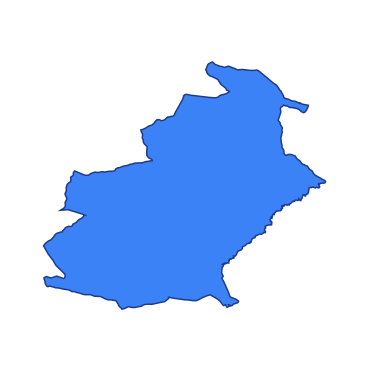 Monkoto, Équateur, Democratic Republic of the Congo, rotated 109°
{"feature_id": "63176286B4277783159614", "entity_name": "Monkoto", "entity_type": "district", "adm_level": 2, "iso_a3": "COD", "parent_name": "Democratic Republic of the Congo", "parent_adm1": "Équateur", "projection": "equal_earth", "projection_center": [20.843, -1.599], "detail": "fine", "context": "isolated", "style": "filled", "palette": "blue", "viewbox_px": 384, "rotation_deg": 109, "n_neighbors": 0, "source": "geoboundaries", "source_scale": "gbopen_adm2", "svg_char_len": 6015}
<svg xmlns="http://www.w3.org/2000/svg" viewBox="0 0 384 384"><g transform="rotate(109 192 192)"><path d="M138.7,69.1L137.9,70.1L137.6,72.9L137.1,74.4L136.9,76.3L135.9,81.3L134.9,83.2L133.0,85.2L132.3,88.3L130.7,90.3L129.8,92.1L130.0,93.3L129.6,94.6L129.8,96.3L129.3,97.5L127.3,100.4L126.6,103.1L126.1,104.1L124.4,106.0L124.2,110.4L124.5,111.5L125.1,113.0L126.6,114.9L126.8,115.6L126.3,116.7L125.6,117.5L122.6,118.9L120.0,121.8L118.9,121.9L115.9,123.8L111.5,125.8L109.6,125.7L108.3,126.1L105.9,126.1L104.0,127.3L102.1,127.3L101.4,127.9L99.5,130.4L97.6,131.5L96.2,133.9L87.7,134.0L84.1,135.7L82.8,135.6L82.0,134.6L79.9,133.7L80.2,132.3L79.7,129.6L80.2,127.6L80.2,126.8L79.6,125.1L78.9,119.7L79.1,117.9L80.5,114.3L80.6,112.1L79.6,111.2L77.0,110.3L73.0,110.0L72.1,110.3L72.9,115.0L73.0,117.6L72.5,118.7L72.6,119.2L73.1,119.3L72.6,123.9L73.4,127.5L72.9,131.0L73.1,134.2L72.9,135.7L70.9,137.3L67.7,140.8L66.6,143.0L65.9,143.4L63.5,147.0L62.6,150.4L56.2,167.1L55.6,169.1L55.7,170.7L56.8,172.9L58.0,176.3L59.8,184.5L61.6,188.5L61.6,190.3L61.2,192.2L61.4,193.2L61.1,197.9L61.5,199.2L63.1,201.0L63.5,201.8L63.7,203.2L63.6,204.8L64.1,206.7L63.9,208.0L63.9,211.6L63.2,212.9L62.4,215.1L65.2,217.9L66.4,218.5L72.1,218.8L72.7,217.8L74.0,217.0L75.3,215.6L76.3,213.0L76.5,209.0L77.1,204.9L77.8,203.2L78.3,203.0L79.7,201.1L79.7,200.7L80.3,200.5L80.7,199.9L82.9,193.9L83.5,193.2L84.4,192.7L84.6,189.7L84.8,189.3L86.5,190.4L88.3,192.2L91.5,197.0L93.9,198.3L95.3,200.5L96.9,206.3L101.0,225.1L101.4,228.9L102.6,230.6L104.0,231.3L104.5,231.0L108.0,231.1L122.9,233.8L125.1,233.8L126.0,234.2L126.8,234.9L127.2,236.3L128.2,237.6L129.1,239.4L132.9,241.6L134.0,243.2L134.7,244.8L134.3,245.7L134.4,247.2L135.2,248.7L137.2,249.7L139.2,250.2L141.9,251.8L142.9,253.4L145.0,255.5L146.1,256.1L148.7,258.7L149.9,260.6L151.5,259.6L153.3,257.6L157.0,256.6L159.4,254.6L160.6,254.3L162.0,252.8L163.6,249.4L164.1,249.0L168.1,248.1L172.2,246.6L172.6,245.5L173.4,244.8L173.7,244.1L174.2,241.3L174.6,240.3L175.3,239.7L176.4,242.0L177.8,244.3L178.1,245.3L180.5,248.4L183.3,255.5L185.2,257.9L186.0,259.6L187.8,261.5L189.0,263.8L190.3,265.8L192.3,268.1L193.5,270.3L195.1,271.6L196.8,271.9L197.9,273.1L199.5,277.4L201.7,281.3L201.9,283.1L204.3,287.6L204.6,289.6L204.9,290.5L207.5,293.7L209.9,295.4L211.0,298.7L210.3,309.9L212.5,310.5L214.1,309.8L215.4,309.9L217.0,311.3L217.9,311.4L220.7,310.2L221.7,310.2L224.4,312.1L225.8,312.5L228.5,312.4L232.7,311.0L233.3,311.4L234.8,311.5L235.6,311.2L238.4,308.6L239.2,308.2L240.3,308.1L243.3,308.6L245.0,307.7L247.0,307.1L249.9,308.3L250.5,309.2L252.1,310.4L249.1,303.6L248.6,289.6L248.8,285.6L249.4,286.5L251.2,287.0L253.2,288.2L254.3,289.4L256.2,290.6L259.0,291.9L261.2,294.1L263.1,294.3L263.6,294.7L264.1,295.3L264.7,297.7L266.9,300.1L268.2,300.3L270.7,301.6L271.9,301.6L272.6,303.1L275.3,306.6L276.8,307.5L280.2,308.5L282.6,309.5L283.9,310.4L284.6,311.5L288.2,313.9L291.2,314.9L297.6,307.6L301.7,301.4L305.7,296.7L310.6,286.4L311.5,285.2L312.4,284.5L314.6,284.6L315.1,284.7L315.6,285.3L315.6,292.6L319.2,297.3L319.3,301.9L321.0,303.9L321.6,304.0L325.2,301.3L326.1,301.2L327.6,299.6L328.3,298.4L328.4,297.8L328.0,296.8L327.3,295.9L326.9,291.1L327.0,289.7L326.3,287.7L325.6,281.2L325.2,280.2L325.2,279.0L324.8,277.4L324.7,275.6L325.3,273.4L324.4,270.6L324.6,268.1L324.2,266.5L324.2,261.4L323.8,259.3L322.3,255.2L322.1,253.7L322.3,250.3L320.6,244.5L320.9,241.3L321.2,240.2L321.3,236.3L320.1,232.5L320.1,231.5L319.5,228.7L319.7,228.2L321.3,226.4L322.0,225.1L323.0,224.7L324.2,222.8L324.6,221.5L325.6,220.0L323.9,217.6L321.0,214.6L320.8,211.8L320.2,209.3L316.5,202.7L314.5,201.0L313.6,199.8L312.3,196.9L311.3,193.5L304.4,182.0L300.3,179.4L299.7,179.4L299.2,179.9L298.8,179.1L298.7,176.5L296.3,163.7L295.3,160.4L294.6,156.5L293.5,152.9L292.2,151.2L288.2,147.5L285.0,143.8L283.3,141.3L284.9,133.1L285.4,131.7L286.3,129.6L288.6,126.3L289.1,125.1L287.7,123.6L289.4,121.8L289.4,121.2L287.2,118.7L286.9,119.4L287.0,120.3L286.7,120.6L286.5,119.9L286.8,117.7L286.4,117.2L284.4,116.2L281.9,112.8L280.5,112.3L279.9,112.7L279.1,115.3L278.8,121.3L278.4,122.2L274.9,124.9L266.3,132.9L264.0,135.6L263.0,135.6L262.0,135.1L261.4,135.1L258.8,137.7L254.7,138.7L253.4,138.8L251.3,138.2L250.8,138.6L250.5,139.6L250.1,139.1L249.6,139.1L249.5,137.6L249.3,137.3L248.5,137.8L248.2,136.1L247.4,135.3L247.2,134.1L245.3,134.7L244.7,134.4L243.6,134.9L242.7,134.1L242.9,133.4L242.7,133.1L241.2,132.1L241.2,131.3L240.9,130.9L240.4,130.9L239.1,132.0L238.7,130.5L237.4,129.8L235.6,129.5L234.4,129.7L233.5,129.2L232.5,129.2L232.2,128.3L230.5,126.5L229.0,126.0L227.6,126.5L224.8,123.9L223.5,123.5L222.5,122.5L221.6,120.8L221.1,121.2L220.7,121.0L220.3,119.9L217.1,120.0L215.8,119.1L215.3,118.4L214.9,118.4L214.7,117.6L213.0,117.8L211.6,116.0L209.9,114.8L209.6,114.1L209.4,112.6L207.8,111.3L206.9,111.0L206.7,109.7L206.4,109.4L205.1,109.9L204.5,111.1L202.9,111.2L202.0,110.6L200.7,111.7L199.2,110.3L198.0,108.3L197.2,106.1L196.4,106.2L195.6,106.6L195.2,106.4L194.4,106.8L193.7,108.0L194.3,108.1L194.3,108.4L192.4,109.3L191.4,109.0L190.9,107.8L190.6,107.9L189.8,109.0L189.5,108.9L189.3,108.0L188.8,108.0L187.4,108.4L186.8,108.0L186.6,106.9L186.3,106.9L185.8,107.6L184.1,106.4L182.8,106.3L182.3,105.1L181.2,103.3L181.1,102.6L180.0,101.7L179.1,102.3L178.7,101.5L178.1,101.2L177.8,101.7L176.9,101.5L176.6,102.1L176.0,101.3L175.5,102.2L175.0,101.4L174.9,100.2L173.6,100.1L173.5,99.3L173.1,98.8L173.6,97.8L172.9,97.2L172.6,95.8L172.2,95.8L171.6,96.1L170.8,95.0L167.7,93.5L168.0,92.7L166.9,91.8L166.1,91.8L165.6,90.4L165.7,89.2L164.7,88.6L163.5,88.7L164.8,87.2L164.9,86.8L164.7,86.3L162.8,86.3L161.9,85.8L160.0,86.2L158.4,86.0L158.4,85.7L159.0,83.9L158.8,83.5L157.9,83.9L157.8,83.3L156.7,83.0L156.1,81.9L153.6,81.8L152.7,82.5L151.9,82.1L150.3,82.8L149.0,81.4L149.0,80.6L148.4,80.3L148.1,79.6L147.9,78.0L148.0,76.6L147.0,75.9L146.8,75.2L147.0,74.0L146.7,73.3L145.8,72.9L145.3,73.1L144.8,74.0L143.8,74.1L143.4,74.9L142.7,74.9L142.6,74.6L142.8,73.8L142.1,73.4L141.1,71.5L140.8,70.2L139.7,69.1L138.7,69.1Z" fill="#3b82f6" stroke="#1e3a8a" stroke-width="1.5"/></g></svg>